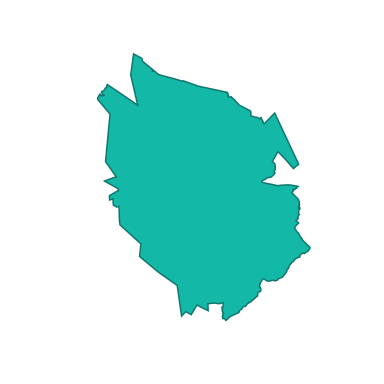 the district of Matachí, Chihuahua, Mexico, rotated 122°
{"feature_id": "50627088B19722398336980", "entity_name": "Matachí", "entity_type": "district", "adm_level": 2, "iso_a3": "MEX", "parent_name": "Mexico", "parent_adm1": "Chihuahua", "projection": "mercator", "projection_center": [-107.708, 28.816], "detail": "fine", "context": "isolated", "style": "filled", "palette": "teal", "viewbox_px": 384, "rotation_deg": 122, "n_neighbors": 0, "source": "geoboundaries", "source_scale": "gbopen_adm2", "svg_char_len": 5724}
<svg xmlns="http://www.w3.org/2000/svg" viewBox="0 0 384 384"><g transform="rotate(122 192 192)"><path d="M223.7,75.6L223.4,74.8L223.0,74.1L222.5,73.8L221.9,73.0L221.4,73.0L220.8,73.0L219.7,72.6L219.2,72.2L218.6,71.9L217.6,71.1L217.0,70.8L216.6,70.4L216.0,70.1L214.9,70.0L214.1,70.0L213.1,69.8L211.5,69.7L210.8,69.7L210.2,69.5L209.6,69.6L208.8,69.6L208.3,69.8L208.1,70.2L207.5,70.5L206.8,70.3L206.5,69.9L206.0,69.8L205.1,69.8L204.5,70.0L203.6,70.2L201.8,70.4L200.8,70.2L199.9,69.9L199.2,69.9L198.4,70.2L198.0,69.8L197.4,69.2L196.8,69.2L196.0,69.1L194.9,69.1L193.8,68.8L193.0,68.4L192.5,67.9L191.3,67.4L190.7,66.9L190.3,66.2L190.2,66.1L189.7,66.3L189.1,66.9L188.5,67.0L188.0,66.7L186.9,66.7L186.1,66.3L185.6,65.6L184.8,65.4L184.4,63.8L182.7,63.5L181.8,62.9L180.9,62.3L180.1,62.2L178.9,62.1L177.7,62.0L177.0,62.3L176.3,62.8L176.0,63.8L175.9,65.2L175.7,66.5L175.4,67.5L175.1,68.2L175.1,68.3L175.2,68.8L175.0,69.4L174.7,70.8L174.5,71.9L174.3,72.9L173.6,73.6L173.1,74.4L172.5,76.3L172.0,77.5L171.5,78.4L171.2,78.9L170.4,80.0L170.2,81.5L169.9,82.5L168.6,84.9L168.1,85.4L167.7,85.9L167.5,86.3L166.8,86.3L164.3,85.7L161.8,85.1L161.5,87.0L161.3,88.5L158.4,87.9L157.8,88.0L157.6,89.2L155.8,89.3L155.8,89.2L154.1,89.1L154.0,90.4L150.5,91.7L150.4,91.8L149.1,91.5L148.0,92.6L149.2,92.9L148.0,94.0L146.3,93.8L145.2,94.4L144.7,95.3L143.3,95.8L142.8,97.2L142.0,97.7L141.8,98.4L141.7,98.4L139.8,106.7L139.6,107.0L138.1,106.8L137.4,106.6L136.9,107.1L136.2,107.5L135.6,106.9L135.4,106.7L135.5,106.6L135.8,106.4L135.7,106.3L135.2,106.1L133.7,105.9L133.5,105.4L132.7,105.4L132.2,105.8L131.3,105.4L130.7,104.1L132.1,107.9L133.3,110.8L134.9,114.1L138.2,118.9L141.2,122.7L146.7,137.6L145.2,138.6L143.0,136.9L141.9,136.3L140.0,135.8L139.6,135.6L139.4,135.2L139.1,134.6L139.0,134.3L138.3,133.8L137.6,133.1L137.3,132.9L137.2,132.6L136.2,132.4L133.8,131.8L133.5,131.7L133.0,131.9L132.7,131.9L132.2,131.7L132.0,131.9L131.5,132.3L131.3,133.1L131.1,133.4L129.1,133.2L128.0,133.8L126.1,135.0L124.6,136.3L124.0,137.3L123.6,140.0L112.2,140.5L115.0,129.3L118.2,119.1L118.4,118.4L111.9,116.3L81.2,163.7L96.1,166.9L95.7,167.6L95.5,168.4L95.0,168.6L94.4,169.4L94.0,170.2L93.5,171.3L93.2,171.8L92.7,172.2L92.3,172.5L92.2,172.7L92.2,172.8L92.5,173.0L93.1,173.2L93.6,173.1L93.8,173.2L94.0,173.4L94.2,175.0L94.0,175.7L94.7,177.6L95.2,178.1L95.4,179.9L95.7,180.3L95.9,181.0L96.1,181.8L96.2,182.2L96.1,182.6L95.5,182.7L95.1,183.0L94.8,183.5L93.9,183.8L93.2,184.3L92.4,185.1L92.3,185.8L93.3,198.7L93.0,199.1L92.6,199.9L92.4,200.6L92.4,202.0L92.1,202.4L91.8,203.3L91.5,204.2L91.1,205.4L91.2,206.4L90.8,207.7L90.5,208.9L90.6,209.8L91.2,210.1L91.8,210.6L92.1,210.8L92.2,211.6L92.2,212.1L91.9,212.4L90.9,212.2L90.4,212.5L90.0,213.0L89.7,213.6L89.9,214.3L89.8,214.6L89.5,214.9L89.2,214.8L88.8,214.8L98.9,242.8L102.4,258.6L103.2,258.8L104.4,263.6L110.1,282.5L109.3,288.4L109.8,288.5L110.5,289.5L109.9,289.7L109.1,289.8L107.4,303.2L106.5,304.1L105.3,305.3L105.2,305.6L105.9,314.7L125.2,306.0L147.1,284.1L145.7,320.7L146.0,320.8L146.9,320.6L148.4,319.9L149.0,319.8L149.2,320.2L149.5,320.5L149.8,320.6L151.7,320.5L152.5,320.6L153.8,320.9L154.2,321.1L154.4,321.2L154.3,321.5L154.5,321.8L154.9,321.9L155.3,321.8L155.5,321.5L155.9,320.9L156.0,320.5L156.1,320.1L156.4,319.9L156.7,319.7L156.9,319.3L157.0,319.1L156.9,318.9L156.7,318.9L156.6,318.7L156.4,318.4L156.3,318.1L156.4,317.9L156.6,317.9L156.7,318.1L157.1,318.1L157.3,318.2L157.5,318.4L157.6,318.9L157.7,319.1L157.9,319.2L158.0,319.3L158.2,320.5L158.6,320.8L158.9,320.8L159.0,320.8L159.0,321.1L158.5,321.3L157.7,321.8L157.8,322.0L158.2,322.0L158.3,321.8L158.6,321.7L159.5,322.0L160.3,321.9L160.8,321.7L161.8,322.0L163.5,321.0L169.4,302.8L212.1,281.4L219.2,264.4L229.1,272.0L228.3,256.2L229.7,255.3L238.9,260.1L242.4,257.6L239.8,255.3L244.7,251.9L244.7,247.9L242.9,246.3L255.2,238.0L258.0,235.7L263.1,207.9L274.5,202.2L277.8,177.8L279.1,155.0L302.8,135.1L296.7,133.9L296.6,131.7L296.5,127.7L285.3,127.9L284.1,115.4L278.3,119.3L274.3,114.2L274.0,113.7L273.4,111.9L272.6,110.1L269.3,106.8L272.7,105.1L273.0,105.4L274.1,105.5L274.4,105.3L274.3,104.7L274.3,104.4L274.6,104.2L275.7,104.3L276.2,103.9L276.4,103.4L276.7,103.0L277.0,103.0L277.0,102.7L277.1,102.3L277.7,102.0L278.1,101.8L278.5,101.8L278.5,101.1L278.8,101.3L279.2,101.0L279.2,100.7L279.5,100.6L279.8,100.3L280.3,100.4L280.5,100.6L281.3,100.4L281.7,99.7L282.1,99.7L282.2,99.0L282.7,99.0L282.8,98.5L282.9,98.4L282.6,98.1L282.3,97.9L282.2,97.3L282.6,96.2L283.0,95.2L282.5,95.0L281.6,94.7L281.1,94.5L280.0,94.3L279.5,94.3L278.9,94.1L278.3,93.9L277.7,93.7L277.2,93.4L276.7,93.1L276.3,93.0L276.0,92.6L274.7,92.0L274.0,91.5L269.5,88.3L268.9,88.7L268.5,88.8L268.2,88.8L267.9,88.7L267.4,88.7L267.0,88.7L266.6,88.4L266.3,88.3L266.0,88.2L264.2,87.7L263.5,87.9L262.6,87.7L261.8,87.5L261.3,87.2L261.1,86.6L260.7,86.2L260.4,86.0L260.1,85.9L259.8,86.1L259.5,86.1L259.1,85.9L258.7,85.9L257.1,85.7L256.5,85.3L256.3,85.2L255.9,85.2L255.5,85.0L255.4,84.7L255.0,84.6L254.7,84.5L254.5,84.3L254.2,84.2L253.9,84.2L253.6,84.0L253.5,83.7L253.2,83.7L252.6,83.8L252.1,83.6L251.7,83.2L251.0,83.0L250.5,82.8L249.8,82.8L249.3,82.7L248.9,82.5L248.4,82.2L247.9,82.3L247.3,82.1L246.9,81.9L246.5,81.7L246.2,81.5L245.5,81.4L245.1,81.4L244.7,81.6L244.1,81.9L243.7,82.3L243.4,82.4L243.2,82.7L242.5,82.8L241.9,82.5L240.7,81.7L240.1,81.5L239.6,81.3L239.1,81.4L238.6,81.6L238.2,82.0L237.9,82.2L237.2,82.9L236.7,83.2L236.5,83.7L236.4,84.6L236.3,84.8L235.5,85.4L235.0,85.4L234.4,85.3L234.3,85.7L233.8,85.8L232.5,85.8L231.4,85.9L230.7,85.9L229.2,85.9L228.5,85.8L228.2,85.7L228.0,85.3L227.6,84.4L227.6,83.9L227.6,83.4L227.7,82.1L227.7,81.8L227.5,80.8L227.3,80.3L226.7,79.3L226.4,79.0L225.8,78.3L225.0,77.7L224.2,76.9L223.9,76.5L223.8,76.0L223.7,75.6Z" fill="#14b8a6" stroke="#0f766e" stroke-width="1.5"/></g></svg>